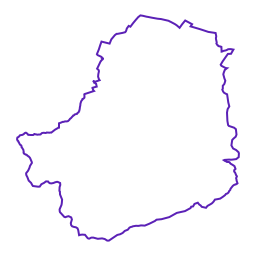 Tarnova, Arad, Romania (Robinson projection)
{"feature_id": "2599482B94881102613280", "entity_name": "Tarnova", "entity_type": "district", "adm_level": 2, "iso_a3": "ROU", "parent_name": "Romania", "parent_adm1": "Arad", "projection": "robinson", "projection_center": [21.761, 46.274], "detail": "fine", "context": "isolated", "style": "outline", "palette": "violet", "viewbox_px": 256, "rotation_deg": 0, "n_neighbors": 0, "source": "geoboundaries", "source_scale": "gbopen_adm2", "svg_char_len": 5586}
<svg xmlns="http://www.w3.org/2000/svg" viewBox="0 0 256 256"><path d="M79.1,235.2L80.5,234.8L82.3,234.6L85.0,234.8L87.7,238.2L88.7,238.6L89.4,238.6L90.9,237.8L91.6,237.6L93.3,237.6L97.8,238.8L102.1,238.4L104.7,239.0L107.2,240.6L108.9,240.6L117.2,235.0L118.2,234.7L120.0,234.3L122.6,233.0L124.8,230.9L127.8,229.7L129.5,227.6L130.8,227.0L132.1,226.7L132.9,226.3L134.8,226.0L135.9,225.8L138.5,225.9L141.0,225.4L144.8,225.6L149.4,223.7L154.9,221.0L156.5,219.7L161.5,219.2L169.3,217.1L176.8,212.9L185.0,211.1L190.5,208.1L191.2,206.7L193.1,206.4L194.5,203.9L197.8,202.7L199.2,204.5L200.7,205.5L201.7,206.8L206.0,207.8L207.5,205.9L210.7,204.1L212.1,203.2L213.6,201.6L214.9,199.6L217.2,199.2L220.2,198.6L223.0,196.7L225.1,195.1L225.9,194.0L227.5,193.4L228.6,192.4L228.9,191.4L230.3,189.8L230.5,188.8L232.8,185.9L233.8,185.1L234.8,184.6L235.7,184.5L236.2,184.0L236.8,183.9L237.5,183.3L236.6,180.7L236.5,179.7L236.1,178.1L236.5,177.3L236.9,176.3L236.1,175.1L235.1,172.6L234.2,171.6L234.2,170.2L235.5,168.9L234.9,167.3L234.5,166.2L233.6,165.5L232.0,164.5L230.6,163.7L230.1,163.2L229.8,162.5L228.9,162.0L228.0,162.0L226.8,161.9L226.2,161.4L224.9,160.9L223.9,160.2L224.6,159.9L228.9,159.6L231.6,159.7L236.2,159.1L238.7,157.1L238.9,153.3L238.5,152.2L236.1,150.0L233.1,148.5L231.4,145.4L232.2,140.0L233.4,138.7L235.7,136.7L236.5,134.6L235.9,129.2L234.1,127.7L228.8,125.9L228.1,125.0L227.4,120.9L227.0,112.6L227.6,109.2L229.3,106.4L228.3,102.5L227.1,94.3L225.7,93.7L224.0,92.7L223.1,91.5L222.3,89.6L222.8,88.7L222.8,85.8L224.3,84.0L224.9,82.2L225.3,80.7L224.4,78.4L223.3,74.3L223.8,72.5L224.8,69.9L227.0,68.2L225.6,68.0L221.4,65.8L220.8,64.9L220.7,64.7L222.7,61.3L227.9,53.9L231.0,53.8L233.4,49.6L230.7,49.1L228.4,49.2L228.0,49.3L227.0,49.9L225.8,50.4L223.4,50.9L222.5,51.4L221.6,51.6L221.4,46.9L220.8,46.6L220.3,46.6L219.8,46.3L219.4,46.3L218.4,46.1L217.7,45.1L217.2,44.9L216.4,43.5L216.7,42.9L216.7,42.3L216.0,39.1L215.9,37.9L216.2,36.9L216.2,36.0L215.6,33.0L208.3,31.9L203.2,30.2L199.8,29.1L190.6,26.4L192.1,24.2L185.2,20.5L182.1,24.3L179.6,27.8L176.7,25.3L174.9,24.1L173.4,23.3L170.2,21.6L169.8,21.5L168.6,20.8L160.8,19.0L160.4,19.0L157.5,18.7L151.9,17.7L147.9,16.9L146.6,16.7L142.9,15.8L140.4,15.4L138.0,17.3L137.3,18.2L136.2,19.4L133.2,23.0L130.4,26.7L128.7,25.9L126.8,28.5L126.3,30.3L125.9,31.3L125.2,32.2L122.5,32.9L117.3,33.9L116.5,33.9L114.8,35.2L111.3,39.4L109.6,43.6L101.5,41.6L100.2,45.2L98.9,49.3L96.9,54.2L97.6,55.1L100.7,56.5L101.6,57.0L101.7,57.3L101.7,57.9L102.3,58.0L102.3,58.4L102.3,58.6L103.0,58.7L103.0,58.9L102.4,59.6L101.8,59.9L101.5,60.4L101.1,60.7L100.9,61.2L100.6,61.4L100.5,61.6L98.8,65.2L97.8,67.3L97.1,68.7L98.6,70.0L98.8,70.5L98.9,71.5L98.3,74.2L98.1,76.7L98.9,79.1L99.6,80.2L95.6,81.6L95.1,81.7L94.1,81.2L92.9,80.9L93.7,81.6L94.1,82.1L94.2,82.7L94.7,82.8L95.4,83.4L96.1,83.8L96.3,84.7L96.4,85.1L96.5,85.7L96.7,86.6L91.7,88.0L92.5,88.1L92.8,88.8L93.1,89.9L93.9,90.9L94.0,91.0L84.5,94.1L84.3,94.3L84.3,94.7L84.4,95.0L84.4,95.6L84.4,96.4L84.5,96.8L84.4,97.7L83.3,98.8L82.6,98.9L82.3,99.2L82.3,99.8L81.2,101.2L80.6,103.2L80.5,103.3L80.4,104.1L80.3,105.4L79.9,107.2L79.7,109.0L79.4,110.2L79.4,110.5L79.3,110.9L78.9,111.3L78.6,112.3L77.8,112.8L77.4,113.2L77.0,113.5L77.0,113.8L76.0,114.1L75.4,114.3L74.9,114.4L74.5,114.6L74.2,115.1L73.6,115.5L73.1,115.6L72.9,116.1L72.3,116.6L70.9,118.2L70.0,118.8L69.3,119.9L68.6,120.5L68.0,121.1L66.9,121.4L65.0,121.4L63.5,121.9L62.6,121.9L61.0,122.6L59.0,123.3L59.0,127.2L58.8,127.1L58.3,127.8L57.6,128.2L55.0,129.7L51.3,132.6L50.4,132.5L49.6,132.7L48.2,132.6L47.7,132.6L46.8,132.5L46.1,132.9L45.4,133.0L44.8,132.9L44.0,132.8L43.3,132.8L41.9,133.1L41.1,133.8L40.6,134.4L40.1,134.5L39.6,134.5L38.8,134.5L38.1,134.6L37.2,134.7L36.5,134.5L36.2,134.4L35.6,134.3L35.2,134.3L34.6,134.0L34.1,134.0L33.6,134.0L33.8,134.1L33.9,134.3L33.9,134.5L33.4,134.9L32.9,135.0L32.5,135.0L32.0,135.0L31.4,135.0L30.6,135.0L29.7,134.9L29.0,134.9L28.5,134.9L28.2,134.8L28.0,134.7L27.7,134.3L27.6,134.1L27.5,133.8L27.3,133.6L27.1,133.5L26.6,133.2L26.4,133.1L26.1,132.8L25.9,132.7L25.7,132.8L25.1,132.9L24.8,133.1L24.3,133.5L24.0,133.9L23.8,134.0L23.6,134.2L23.3,134.3L22.9,134.6L22.7,134.8L21.6,135.0L20.5,135.2L20.1,135.3L19.8,135.4L19.6,135.7L19.3,136.2L18.5,137.0L18.3,137.1L17.5,137.4L17.4,137.5L17.3,137.8L17.3,138.0L17.1,138.9L17.1,139.4L17.2,139.6L17.3,139.9L17.5,140.3L17.5,140.5L17.9,140.7L18.2,141.0L18.3,141.3L18.3,141.7L18.5,141.9L18.9,142.3L19.0,142.7L19.4,143.5L19.6,143.9L20.2,144.8L20.3,144.9L20.5,145.0L21.0,145.2L21.2,145.5L21.5,146.0L21.6,146.5L21.5,146.8L21.5,147.0L21.7,147.4L21.8,147.5L22.0,147.7L22.3,148.1L22.5,148.5L23.1,149.4L23.3,149.7L23.5,150.8L23.6,151.5L23.7,151.8L23.6,152.1L23.7,152.3L23.6,152.6L23.8,152.9L23.8,153.1L23.8,153.4L23.9,153.5L24.0,153.6L24.5,153.9L24.8,154.1L25.1,154.2L25.4,154.4L25.6,154.6L25.8,154.7L26.4,154.7L26.5,154.8L26.8,155.0L27.1,155.2L27.2,155.3L27.4,155.7L27.6,155.8L28.0,156.0L28.4,156.4L28.6,156.5L28.9,156.6L29.2,157.0L29.4,157.2L30.0,157.9L30.1,158.1L30.2,158.4L30.4,158.8L31.8,162.1L31.9,162.9L30.0,165.9L29.5,167.7L28.1,170.7L26.2,173.1L26.1,173.8L26.4,175.3L27.4,177.2L28.7,180.6L31.1,182.9L32.2,185.0L32.9,186.0L38.1,186.7L39.7,186.6L41.4,184.2L44.0,182.9L46.0,181.4L48.1,181.5L48.7,182.4L49.8,183.2L51.4,183.4L53.4,183.0L55.1,182.3L56.6,181.9L57.7,181.9L60.1,183.0L60.3,184.9L59.6,187.1L59.4,190.9L59.9,191.5L60.0,194.4L62.1,199.6L61.8,203.1L61.5,204.9L59.6,209.3L59.7,211.2L60.0,212.2L64.3,216.9L65.3,217.2L67.2,216.5L68.6,216.2L71.2,217.4L71.9,219.5L70.8,223.1L71.2,225.2L72.1,226.3L73.8,226.9L75.9,227.3L77.5,228.3L78.2,230.1L79.1,235.2Z" fill="none" stroke="#5b21b6" stroke-width="2"/></svg>